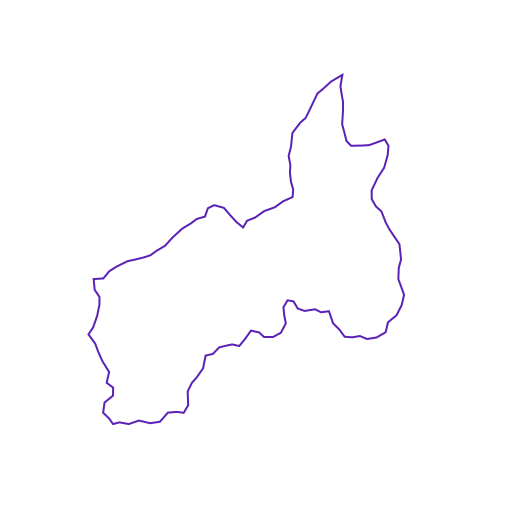 Ribeirão Pires, São Paulo, Brazil (Natural Earth projection), rotated 13°
{"feature_id": "56859067B19734921471154", "entity_name": "Ribeirão Pires", "entity_type": "district", "adm_level": 2, "iso_a3": "BRA", "parent_name": "Brazil", "parent_adm1": "São Paulo", "projection": "natural_earth1", "projection_center": [-46.402, -23.694], "detail": "fine", "context": "isolated", "style": "outline", "palette": "violet", "viewbox_px": 512, "rotation_deg": 13, "n_neighbors": 0, "source": "geoboundaries", "source_scale": "gbopen_adm2", "svg_char_len": 1776}
<svg xmlns="http://www.w3.org/2000/svg" viewBox="0 0 512 512"><g transform="rotate(13 256 256)"><path d="M103.0,315.0L106.4,325.2L112.7,331.1L114.4,338.8L114.7,350.0L113.4,362.1L110.4,370.1L118.9,377.4L124.1,385.2L129.9,392.9L139.0,402.1L139.0,413.1L146.4,416.4L148.1,424.2L141.4,432.8L142.3,443.1L149.6,447.5L154.5,451.9L160.4,448.8L169.8,448.4L178.9,442.7L190.6,442.7L199.7,439.1L205.4,428.4L214.3,425.6L220.8,425.1L223.5,416.7L219.9,403.4L222.0,394.2L225.5,387.7L229.7,377.4L229.3,364.4L236.0,361.1L240.7,353.3L246.7,350.3L252.7,347.5L259.9,347.5L264.1,339.1L267.9,329.8L276.3,329.8L282.0,333.1L290.8,331.1L297.5,325.2L300.2,315.0L296.7,307.0L294.3,299.8L296.7,292.1L302.8,291.8L308.5,297.8L315.7,298.6L325.6,294.6L332.0,296.2L339.5,293.4L346.2,304.2L353.9,309.0L360.5,314.7L368.0,313.6L375.3,310.6L382.8,311.9L391.8,308.3L399.5,301.1L399.5,290.9L406.3,282.1L409.0,270.9L409.0,260.5L404.3,253.2L399.9,246.5L397.8,235.5L398.1,226.7L393.1,212.2L385.4,205.1L379.8,199.8L374.7,193.9L368.3,184.5L361.6,180.6L356.0,174.6L353.9,166.0L356.9,152.4L361.0,141.2L361.6,127.9L360.3,118.8L355.2,113.5L347.9,118.3L341.5,122.4L335.0,124.4L323.9,127.2L318.3,123.6L314.6,116.3L310.3,108.3L308.2,95.5L306.1,86.2L303.2,79.4L300.1,71.7L299.4,60.1L290.0,69.0L283.7,78.1L279.3,83.9L277.7,91.1L275.2,102.4L273.3,110.3L269.2,116.0L263.8,127.9L265.5,141.6L265.3,151.2L269.0,159.6L270.3,167.0L273.3,175.7L277.3,182.9L278.4,190.3L270.0,196.7L263.5,204.2L254.0,210.3L246.4,218.8L239.4,223.6L237.0,231.1L229.7,227.5L222.6,222.7L213.9,216.3L203.8,215.9L198.4,220.3L197.4,229.1L190.0,233.2L185.3,238.8L177.9,246.0L170.5,256.8L165.1,266.5L158.0,273.2L153.0,279.0L147.4,282.4L139.3,286.5L131.8,290.1L122.4,297.8L116.4,303.9L112.3,312.2L103.0,315.0Z" fill="none" stroke="#5b21b6" stroke-width="2"/></g></svg>